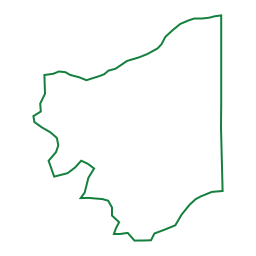 the district of Flórida, Paraná, Brazil
{"feature_id": "56859067B92669996369724", "entity_name": "Flórida", "entity_type": "district", "adm_level": 2, "iso_a3": "BRA", "parent_name": "Brazil", "parent_adm1": "Paraná", "projection": "albers", "projection_center": [-51.967, -23.105], "detail": "fine", "context": "isolated", "style": "outline", "palette": "green", "viewbox_px": 256, "rotation_deg": 0, "n_neighbors": 0, "source": "geoboundaries", "source_scale": "gbopen_adm2", "svg_char_len": 945}
<svg xmlns="http://www.w3.org/2000/svg" viewBox="0 0 256 256"><path d="M222.6,191.0L221.0,127.4L221.2,104.3L221.2,95.6L221.2,53.8L221.2,36.0L221.2,15.4L214.6,16.3L209.3,17.7L202.1,18.5L194.3,18.5L188.8,20.3L180.3,23.9L172.7,30.1L165.3,36.9L161.6,44.1L157.6,48.4L147.2,54.1L138.6,57.5L127.1,60.9L115.4,68.8L108.5,70.6L104.1,74.3L99.0,76.2L86.4,80.2L79.0,77.2L70.3,75.0L65.5,72.2L58.9,71.5L53.2,73.8L44.4,75.0L45.0,93.7L40.2,103.7L40.8,111.5L33.4,116.1L34.4,122.1L41.9,127.4L50.5,132.4L56.9,138.0L58.3,145.5L56.0,152.1L48.6,160.8L54.2,176.6L67.5,173.2L75.2,167.4L81.2,160.7L87.8,163.8L94.1,168.5L88.4,177.8L84.7,192.5L80.7,198.1L88.7,197.9L102.5,199.1L108.2,200.7L112.0,207.5L112.0,215.6L119.1,222.2L115.9,228.4L113.9,234.0L120.0,234.0L127.7,232.9L134.5,240.6L143.2,240.5L151.0,240.3L154.4,233.5L164.0,229.9L175.3,225.3L181.6,214.6L189.6,204.7L195.7,199.1L201.0,196.3L211.8,191.9L222.6,191.0Z" fill="none" stroke="#15803d" stroke-width="2"/></svg>